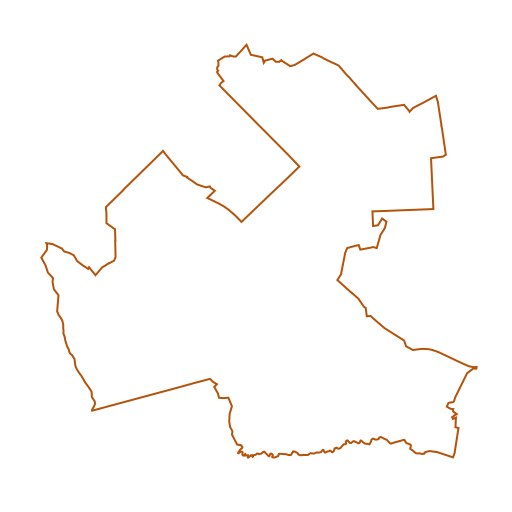 the district of Lubes pag., Talsi, Latvia, rotated 267°
{"feature_id": "27541924B36241306566640", "entity_name": "Lubes pag.", "entity_type": "district", "adm_level": 2, "iso_a3": "LVA", "parent_name": "Latvia", "parent_adm1": "Talsi", "projection": "mercator", "projection_center": [22.601, 57.453], "detail": "fine", "context": "isolated", "style": "outline", "palette": "amber", "viewbox_px": 512, "rotation_deg": 267, "n_neighbors": 0, "source": "geoboundaries", "source_scale": "gbopen_adm2", "svg_char_len": 5798}
<svg xmlns="http://www.w3.org/2000/svg" viewBox="0 0 512 512"><g transform="rotate(267 256 256)"><path d="M467.4,257.6L456.2,246.3L456.5,243.5L457.8,240.6L456.8,240.1L456.8,235.1L453.0,228.2L451.5,228.6L448.1,228.5L447.5,228.3L447.1,227.7L446.2,227.1L445.2,226.9L444.3,227.1L443.1,227.9L441.8,226.7L440.4,227.4L432.4,232.7L430.6,230.1L428.3,228.4L389.5,262.9L355.4,293.4L343.1,304.0L331.1,290.3L317.6,274.4L290.8,243.3L297.8,237.1L299.5,235.4L303.1,231.6L305.3,229.0L307.7,225.8L310.5,221.3L316.5,210.4L323.3,218.3L326.6,214.0L327.9,213.5L327.2,209.3L330.6,200.8L333.9,196.7L338.0,191.2L338.6,191.4L340.4,187.1L342.0,186.1L361.6,171.5L365.8,168.7L329.0,126.9L328.7,126.9L312.8,108.8L311.5,108.6L307.2,108.9L296.6,108.4L290.8,115.6L290.2,116.6L278.5,116.4L278.5,116.2L275.4,116.1L262.3,115.7L258.7,114.0L256.1,108.2L256.3,108.1L255.0,106.1L254.8,106.0L252.9,102.0L245.2,94.7L253.5,88.7L251.9,87.7L255.8,82.4L260.2,77.2L266.2,74.1L268.8,69.8L270.5,64.7L273.6,62.6L278.6,53.4L278.7,52.6L279.8,47.3L277.7,48.0L273.0,47.5L265.6,41.5L257.5,45.4L250.4,47.3L244.6,52.1L240.9,51.5L233.4,52.4L227.2,56.7L210.8,54.5L210.2,54.9L207.4,55.8L204.7,57.7L203.4,58.2L201.9,59.1L201.0,59.3L197.5,59.9L193.6,59.7L191.1,59.9L189.3,59.6L188.1,59.8L186.5,60.4L185.0,60.7L181.9,61.1L175.6,62.6L174.2,63.4L172.8,64.0L169.6,64.7L168.2,65.4L167.1,66.7L165.8,67.6L164.4,68.3L163.0,69.2L161.5,69.5L159.9,69.5L156.7,69.8L155.1,70.1L152.1,71.2L147.9,73.7L145.2,75.5L138.1,79.1L134.1,81.8L129.9,84.3L128.4,84.8L125.2,84.7L123.6,84.8L119.4,87.3L117.8,87.5L116.2,87.3L114.8,86.6L112.0,84.8L110.5,84.1L110.1,84.2L129.1,173.0L132.4,187.8L135.7,203.6L135.2,204.2L132.5,206.5L130.0,210.3L127.5,207.4L120.5,210.9L116.4,211.6L116.0,214.0L115.8,215.9L115.9,221.0L107.2,224.1L99.7,221.4L92.0,220.6L86.3,221.3L84.8,222.1L82.0,223.3L78.8,222.7L68.7,227.3L68.4,228.2L68.4,228.6L68.2,229.0L68.1,230.6L67.6,231.3L67.0,231.5L66.5,232.2L65.5,232.4L64.8,232.0L64.3,231.0L62.9,229.6L62.4,229.4L61.0,228.2L60.1,227.8L59.9,228.0L59.9,228.4L61.1,229.4L61.3,231.3L61.4,231.8L61.3,232.0L60.7,232.3L58.4,232.0L57.6,232.5L57.4,232.8L57.4,233.6L58.3,234.2L58.7,234.7L58.8,235.0L58.5,235.1L58.2,234.8L57.3,234.8L57.4,237.5L56.1,237.3L55.2,237.4L55.1,237.8L55.3,238.1L57.3,240.5L57.3,240.8L56.7,241.1L55.6,242.2L55.9,242.5L57.2,242.5L57.4,244.6L57.5,245.2L58.0,245.9L58.8,246.9L58.7,247.3L58.0,248.5L58.0,249.0L58.3,250.6L60.2,253.5L60.1,254.0L59.8,254.3L55.9,257.8L55.3,258.6L55.5,258.9L57.8,260.0L57.9,260.7L57.5,261.6L56.3,262.4L54.9,261.7L54.2,261.7L54.1,261.9L53.8,263.9L54.0,264.9L54.5,266.0L54.9,267.3L55.0,267.6L55.3,267.9L56.4,268.2L57.1,268.6L57.3,269.1L56.4,276.0L56.0,276.9L55.5,278.2L55.5,279.1L55.3,280.0L55.4,280.3L55.9,280.9L57.1,281.5L58.1,282.6L58.8,282.7L58.9,282.8L58.9,283.5L58.6,284.6L58.0,285.5L57.8,286.1L57.4,286.6L57.2,287.0L56.8,287.4L55.5,287.9L55.4,288.1L54.7,290.3L54.8,292.6L54.6,297.6L55.3,298.5L56.3,300.3L56.0,301.1L55.8,302.6L55.6,303.2L56.3,305.4L56.6,306.1L56.4,309.2L56.9,310.9L58.4,312.0L58.9,312.7L58.8,313.1L58.7,313.3L57.1,313.9L56.3,314.3L56.1,314.7L56.2,315.2L57.0,316.8L57.2,318.6L57.8,319.7L57.5,320.3L56.0,321.7L56.1,322.2L56.8,323.2L59.3,324.5L59.7,324.4L59.9,324.7L60.1,326.0L60.4,326.3L60.4,326.5L59.3,327.8L59.4,329.5L59.9,330.4L63.3,333.6L63.4,333.9L63.4,335.2L63.5,335.6L63.7,336.0L64.1,336.1L65.9,335.9L66.4,336.3L67.1,337.6L67.0,337.9L66.0,338.5L64.5,339.8L64.3,341.2L66.0,343.6L66.0,344.1L64.2,347.5L63.6,348.4L63.8,349.2L64.0,349.5L64.7,350.1L65.8,350.4L66.2,350.7L66.3,351.0L65.5,352.0L64.2,353.2L62.9,355.1L62.7,356.7L62.0,359.4L62.6,359.9L63.5,360.3L64.5,361.1L66.4,361.6L67.4,362.9L67.5,363.2L67.4,363.8L66.6,365.3L66.3,366.0L66.5,367.8L66.7,368.6L66.9,368.9L68.3,369.6L68.4,369.8L68.4,370.5L68.7,371.0L68.2,372.2L67.0,374.0L66.9,374.4L65.5,377.1L62.2,379.7L61.7,380.6L61.7,380.8L61.6,381.1L61.7,381.4L61.9,382.0L61.9,382.4L62.5,384.3L62.6,384.5L62.6,385.0L62.9,385.7L62.9,386.2L63.2,387.2L63.2,387.7L63.5,389.1L63.7,389.4L63.7,390.2L64.5,393.0L64.6,393.6L64.6,394.3L64.2,394.9L63.6,395.0L62.6,395.7L61.9,395.8L61.4,396.5L60.7,397.6L60.7,397.9L60.0,399.5L59.4,400.4L59.1,400.7L57.1,400.5L55.9,399.9L55.2,400.0L53.3,402.7L50.9,405.0L50.5,406.3L50.3,406.9L50.4,408.2L50.4,408.9L49.8,410.8L49.6,412.1L49.7,413.4L50.1,414.0L50.8,414.1L51.2,414.6L51.9,417.8L52.1,419.2L50.7,426.6L44.6,442.2L48.8,444.0L73.7,449.2L74.5,446.2L84.1,447.2L82.9,444.2L84.8,443.4L85.5,444.7L86.5,445.9L87.4,447.9L87.6,448.2L89.6,445.7L90.7,444.7L92.3,444.6L92.8,444.9L93.1,442.8L93.4,442.0L95.6,438.7L98.8,440.2L99.1,440.6L99.3,440.9L99.5,441.7L99.5,443.3L99.8,445.1L100.0,445.6L100.4,446.0L101.0,446.3L104.2,447.4L127.9,460.7L132.4,467.3L131.9,469.7L131.9,470.0L132.2,470.3L133.6,470.5L133.6,468.3L133.8,466.6L134.6,463.4L135.2,461.9L138.3,455.8L150.2,433.7L151.2,431.5L152.8,427.5L153.6,424.9L154.0,422.7L154.4,419.4L154.5,417.1L154.5,415.3L153.9,407.8L158.0,401.1L163.8,399.5L177.3,380.5L185.9,371.5L190.1,367.3L190.0,363.5L198.4,362.8L198.4,362.6L200.1,360.8L208.1,356.0L214.3,349.6L214.2,349.5L227.7,336.0L233.2,339.9L254.3,345.2L259.1,347.4L260.0,351.2L261.6,359.1L256.9,360.5L258.2,370.0L258.8,373.5L257.6,377.0L270.5,381.4L277.1,386.1L283.4,388.1L286.8,383.9L280.3,379.4L279.8,374.5L294.5,374.6L294.3,382.4L293.6,435.6L344.5,435.9L345.5,447.9L347.2,450.9L373.6,448.4L376.4,447.9L376.5,448.1L383.2,447.4L400.1,445.7L406.6,444.1L400.9,432.3L395.6,420.6L392.0,416.9L392.8,416.6L399.2,411.8L397.9,398.4L397.2,394.1L396.6,385.3L404.4,378.7L413.0,371.7L421.5,364.6L421.6,364.8L426.8,360.5L429.4,358.6L431.4,356.6L441.9,348.5L446.8,339.2L449.6,334.2L450.8,332.5L454.7,324.9L455.2,324.1L446.9,308.8L444.7,304.5L443.8,300.1L449.6,292.0L449.6,291.9L450.3,291.5L448.7,289.4L448.8,289.3L448.9,285.9L452.2,282.8L450.7,275.4L448.5,273.9L454.1,272.7L457.2,261.4L467.4,257.6Z" fill="none" stroke="#b45309" stroke-width="2"/></g></svg>